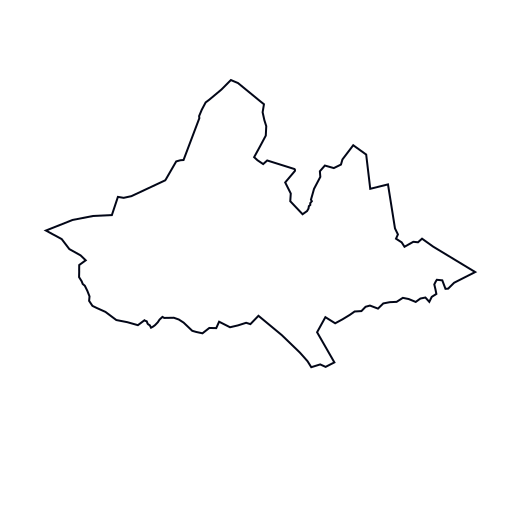 the district of Tofa, Kano, Nigeria, rotated 134°
{"feature_id": "59680162B46902450612836", "entity_name": "Tofa", "entity_type": "district", "adm_level": 2, "iso_a3": "NGA", "parent_name": "Nigeria", "parent_adm1": "Kano", "projection": "orthographic", "projection_center": [8.331, 12.025], "detail": "fine", "context": "isolated", "style": "outline", "palette": "ink", "viewbox_px": 512, "rotation_deg": 134, "n_neighbors": 0, "source": "geoboundaries", "source_scale": "gbopen_adm2", "svg_char_len": 2115}
<svg xmlns="http://www.w3.org/2000/svg" viewBox="0 0 512 512"><g transform="rotate(134 256 256)"><path d="M115.3,87.2L126.2,135.1L128.2,148.6L133.6,149.0L136.5,152.7L146.2,155.6L145.0,160.7L146.3,167.3L141.9,168.9L139.6,175.2L112.8,210.8L128.3,220.5L106.5,247.2L108.8,263.0L126.5,260.9L131.2,258.4L138.7,261.1L143.1,269.3L150.7,268.9L154.4,264.7L167.4,260.9L172.6,258.1L177.3,255.6L177.8,253.9L180.3,253.7L181.6,252.4L183.4,252.6L185.4,251.2L188.2,250.5L193.6,251.5L192.8,269.4L186.9,274.4L182.8,286.1L167.8,287.1L167.0,287.7L166.7,288.7L179.5,314.3L184.9,314.7L186.1,321.5L186.2,326.0L174.5,329.2L162.6,332.6L155.5,338.8L152.5,344.3L148.0,351.1L141.3,355.7L141.7,359.8L144.1,389.1L146.9,396.3L160.3,396.5L176.1,398.2L180.5,398.9L188.5,396.6L194.9,394.1L196.2,392.5L237.3,374.8L239.4,376.7L240.3,377.3L243.4,379.1L263.8,374.0L264.7,373.9L299.5,387.2L306.1,391.6L309.4,396.4L326.7,388.1L340.4,401.0L357.5,413.0L383.6,424.8L381.5,417.1L380.7,414.4L378.8,407.5L380.7,395.1L380.6,394.8L380.5,394.3L377.4,382.6L377.4,375.5L385.2,376.9L385.3,376.9L388.9,373.5L390.1,372.3L394.1,368.6L395.3,363.8L396.5,361.2L396.3,358.5L398.2,353.2L400.7,347.7L402.7,346.1L404.2,344.9L405.5,339.0L404.0,334.4L400.8,325.5L399.1,312.0L393.0,302.6L387.8,292.9L379.7,291.6L379.6,290.8L379.2,289.9L378.9,289.3L379.2,288.5L379.6,287.8L380.0,286.8L380.0,285.9L379.6,284.3L380.5,281.7L378.3,281.0L375.9,280.6L371.9,280.6L368.8,281.2L364.8,281.0L364.3,279.0L357.5,272.2L355.3,267.4L354.2,261.8L354.1,249.9L352.2,246.3L348.8,240.8L340.2,239.6L335.5,234.5L328.9,236.9L325.3,225.2L318.5,220.8L310.9,216.7L308.9,212.7L297.3,212.7L295.0,182.5L295.0,157.4L295.2,154.5L295.9,145.8L297.6,139.0L289.4,134.5L287.4,128.9L282.1,127.1L278.1,125.7L268.4,159.1L251.8,163.6L249.4,152.3L241.5,149.8L233.1,147.6L227.4,146.5L222.4,141.9L216.4,141.9L212.5,139.6L209.1,131.7L201.7,131.5L196.3,127.7L191.3,123.0L184.1,121.3L180.9,116.3L178.1,109.2L172.4,108.2L168.2,105.3L168.6,99.5L163.3,101.2L158.0,99.9L155.3,103.8L152.6,108.0L149.4,109.0L147.5,109.4L144.1,105.1L148.0,96.9L146.0,95.1L137.6,94.9L115.3,87.2Z" fill="none" stroke="#020617" stroke-width="2"/></g></svg>